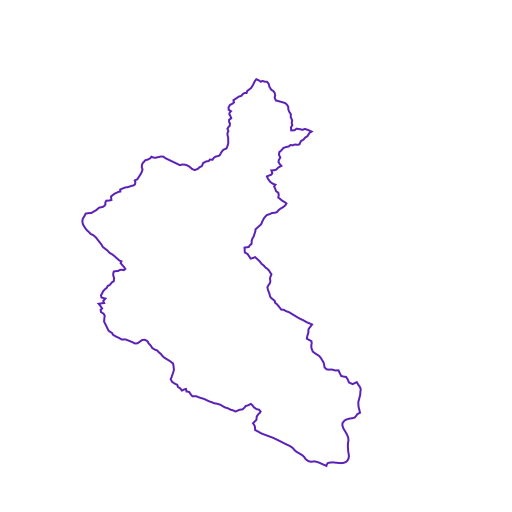 Botucatu, São Paulo, Brazil, rotated 116°
{"feature_id": "56859067B91204286934079", "entity_name": "Botucatu", "entity_type": "district", "adm_level": 2, "iso_a3": "BRA", "parent_name": "Brazil", "parent_adm1": "São Paulo", "projection": "equal_earth", "projection_center": [-48.5, -22.839], "detail": "fine", "context": "isolated", "style": "outline", "palette": "violet", "viewbox_px": 512, "rotation_deg": 116, "n_neighbors": 0, "source": "geoboundaries", "source_scale": "gbopen_adm2", "svg_char_len": 6130}
<svg xmlns="http://www.w3.org/2000/svg" viewBox="0 0 512 512"><g transform="rotate(116 256 256)"><path d="M413.8,100.7L412.3,101.0L410.7,100.7L409.5,99.4L407.8,96.5L405.9,91.3L404.9,88.8L403.7,86.8L402.0,85.1L400.2,84.2L397.7,84.0L395.3,84.7L393.3,85.9L391.5,87.3L386.6,90.1L383.6,91.4L381.4,92.0L379.2,93.2L377.6,94.8L376.5,96.1L375.3,97.8L374.2,99.5L372.8,101.7L370.4,104.1L368.4,105.0L365.1,104.3L363.7,103.4L361.4,101.0L359.6,98.4L358.4,96.9L356.9,96.1L353.7,95.6L351.3,93.8L348.5,96.1L346.5,97.8L342.5,100.0L339.5,100.6L335.1,101.5L332.2,102.7L329.9,103.4L328.3,105.0L326.8,107.7L325.2,110.1L328.8,113.0L328.9,117.0L326.9,119.2L325.2,122.0L325.9,124.1L326.5,126.8L324.8,129.1L322.6,131.7L324.1,134.5L324.8,138.1L326.2,140.7L326.9,142.8L326.1,145.5L323.5,147.4L322.2,148.5L320.8,150.6L319.3,152.9L318.1,155.5L317.9,157.6L317.5,160.8L317.0,163.1L314.4,165.9L311.7,167.3L310.2,167.6L308.3,168.8L308.0,174.1L305.5,174.8L301.7,175.4L300.2,176.2L298.5,176.7L293.0,175.6L293.1,178.4L293.3,181.7L293.0,185.3L293.1,188.6L293.0,191.3L292.7,194.3L292.4,197.8L292.0,201.6L292.4,204.6L292.2,207.4L293.1,209.9L291.4,213.3L290.2,216.0L289.6,218.4L288.1,219.5L287.6,221.7L287.0,224.4L285.7,226.1L284.1,227.3L282.8,228.7L281.0,230.6L279.0,232.1L276.5,232.0L274.6,231.6L273.1,231.8L271.6,232.5L270.3,233.5L268.4,233.9L265.7,234.1L264.3,236.5L263.3,238.0L262.6,240.1L262.1,242.8L261.1,245.0L260.7,247.4L259.3,250.0L258.4,252.8L257.4,256.3L259.3,258.0L260.7,259.7L259.6,261.5L257.9,264.5L257.7,267.6L253.5,270.0L251.1,266.5L248.9,266.2L247.1,265.3L244.0,266.6L241.5,266.9L239.9,266.6L234.3,267.4L232.2,268.1L225.6,265.4L223.9,265.3L221.7,265.5L219.6,265.4L218.0,265.3L214.5,264.3L212.6,262.3L210.3,260.4L208.8,257.9L207.2,256.3L205.1,255.9L202.9,254.9L200.3,253.1L197.5,251.8L195.4,251.7L195.0,253.9L194.8,256.9L194.2,259.0L193.7,261.6L191.0,262.4L189.3,263.8L189.0,266.3L187.4,267.9L185.5,270.2L183.4,269.8L183.7,272.7L183.2,275.5L181.5,278.9L179.7,281.1L177.9,279.5L176.2,277.9L174.5,277.6L172.3,279.7L171.0,277.3L169.5,275.7L166.6,274.7L163.9,272.7L162.9,275.1L161.7,276.9L159.8,277.6L156.9,277.3L155.0,279.7L152.3,280.6L150.5,279.7L148.6,279.1L147.0,278.8L145.1,277.0L143.3,274.7L141.1,273.6L140.4,271.5L138.8,270.0L137.8,267.3L136.6,265.9L133.1,266.0L130.4,264.3L128.0,263.7L125.7,262.3L123.8,262.1L121.9,261.9L119.8,260.6L119.9,264.1L120.3,267.7L122.2,269.5L122.8,272.2L123.8,275.4L126.1,276.5L127.7,279.4L125.1,281.0L122.6,280.7L120.8,282.2L118.2,283.0L115.9,285.7L113.3,286.8L111.9,289.2L110.2,291.1L107.8,292.4L106.6,294.2L105.8,296.3L106.0,298.5L106.4,300.6L106.8,302.8L107.5,306.3L105.5,308.7L103.3,309.1L101.2,310.8L100.1,312.8L99.9,315.2L98.0,318.1L95.6,320.2L94.6,322.4L95.5,324.7L95.8,326.9L97.3,328.1L96.9,330.2L97.0,333.2L98.8,333.6L100.7,333.7L103.5,333.7L106.9,334.0L109.1,335.0L111.5,336.2L113.6,335.9L114.6,337.8L116.1,338.8L118.6,339.4L120.2,341.3L123.1,342.9L125.9,344.6L127.6,343.1L129.5,344.0L131.6,345.6L134.5,345.8L136.6,344.6L136.8,342.0L138.6,342.5L140.2,342.2L141.6,340.2L143.1,338.6L145.3,339.9L147.4,338.9L148.4,337.4L150.6,336.7L152.1,337.3L154.3,337.4L155.7,335.6L158.2,335.5L160.2,334.3L161.5,333.1L164.0,331.8L167.0,330.3L169.2,329.9L172.3,329.7L174.8,331.9L177.2,332.5L179.2,332.7L180.9,332.7L182.4,333.4L184.5,336.0L186.4,337.0L188.5,337.2L189.5,339.7L191.5,340.2L192.8,342.2L195.7,344.3L197.2,344.1L199.2,344.2L201.1,345.8L202.9,346.3L204.3,347.5L205.7,348.9L205.8,351.8L204.9,354.7L204.7,357.7L205.1,360.0L206.1,362.4L207.7,364.2L207.8,380.5L207.3,382.8L208.4,385.3L210.2,387.5L211.8,389.4L212.5,391.5L212.6,393.5L214.4,393.8L216.6,395.4L218.5,397.5L220.9,398.1L222.4,398.6L224.3,398.4L226.2,397.6L228.0,395.9L230.8,395.5L233.3,395.6L239.1,396.3L241.2,398.1L242.7,396.7L244.6,396.2L246.3,397.0L247.5,398.6L248.8,399.8L250.5,401.7L251.6,403.4L253.9,405.6L255.8,407.2L257.5,406.2L258.6,407.7L260.4,409.1L261.7,410.2L263.9,411.4L266.1,412.4L269.1,410.5L270.7,412.5L271.9,414.8L274.0,414.9L275.4,414.0L277.3,414.2L279.2,415.3L281.1,418.0L283.1,419.0L284.9,419.7L287.1,421.3L289.5,422.8L290.8,425.2L292.6,427.7L295.8,427.7L297.8,428.0L300.0,427.7L302.0,426.6L303.6,425.2L305.4,422.4L306.8,419.8L307.8,416.5L308.7,414.1L308.6,411.3L309.5,408.0L310.8,405.4L312.2,402.5L313.5,399.8L314.9,397.9L315.6,395.0L316.2,391.9L317.4,388.9L317.5,386.3L318.1,383.3L318.9,380.7L319.4,378.7L320.0,376.8L319.8,374.6L321.8,374.5L322.8,372.1L323.8,369.7L324.9,367.8L326.6,368.5L327.1,370.5L328.2,372.2L330.1,373.5L330.9,375.2L332.3,377.0L334.1,376.7L336.2,375.7L338.1,373.8L341.1,372.8L342.7,373.9L344.3,374.3L346.1,374.7L348.0,376.2L350.1,376.2L352.6,377.4L355.1,378.0L356.9,377.9L359.3,378.1L361.0,376.7L360.7,374.7L360.3,372.7L363.4,373.6L364.9,371.9L366.4,374.3L367.9,376.5L368.9,374.2L370.6,371.3L372.4,372.1L374.3,370.8L374.7,367.6L376.0,365.8L379.0,364.8L381.5,363.8L382.8,362.2L384.2,360.3L385.9,358.2L387.8,355.7L388.4,351.4L389.5,350.0L389.8,346.3L389.7,343.3L389.9,340.0L388.2,336.8L387.9,333.5L387.6,329.1L387.8,326.8L386.5,324.3L384.4,323.1L381.4,321.5L380.0,319.1L380.2,316.1L381.6,314.2L382.7,311.3L384.2,308.9L384.5,305.7L384.2,303.5L385.2,300.9L385.7,298.6L386.7,296.8L387.6,293.7L387.9,290.3L388.2,287.1L389.0,283.4L391.5,281.6L394.2,279.9L397.3,279.3L400.4,279.0L402.4,278.7L404.1,278.7L405.9,276.3L406.3,273.5L406.3,270.3L407.9,268.8L408.2,266.1L409.4,263.5L407.4,262.0L406.2,260.7L408.2,259.1L407.5,256.4L409.0,253.9L410.0,251.6L408.3,248.5L408.1,245.7L407.7,242.8L407.2,239.6L407.2,237.2L407.2,234.6L406.8,231.6L406.7,229.0L405.8,226.2L405.3,222.6L405.6,219.6L405.7,217.5L405.2,214.5L405.3,211.6L404.8,208.9L404.7,206.2L403.1,204.8L401.3,203.2L399.7,200.8L397.3,199.9L395.3,199.5L394.0,197.9L391.2,195.8L391.8,193.7L392.9,191.6L393.4,188.4L392.8,185.9L393.7,183.7L395.3,183.8L397.3,184.6L399.8,185.0L403.2,183.8L407.6,185.4L408.5,183.8L409.9,182.1L412.8,180.5L412.9,176.8L413.1,173.3L412.8,169.8L412.4,165.7L412.1,163.1L411.9,160.8L411.9,158.0L411.9,153.4L412.0,149.1L412.0,144.9L411.9,142.4L412.4,139.0L413.9,135.4L414.3,133.2L414.4,131.0L414.8,126.9L415.6,124.4L416.9,122.2L417.4,119.2L416.9,116.5L415.6,114.5L414.7,112.6L414.1,109.1L413.8,100.7Z" fill="none" stroke="#5b21b6" stroke-width="2"/></g></svg>